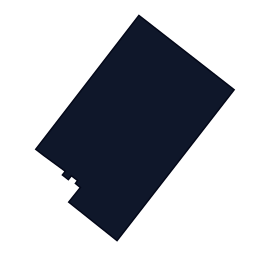 the district of Duval, Texas, United States of America, rotated 38°
{"feature_id": "52423323B38482742195031", "entity_name": "Duval", "entity_type": "district", "adm_level": 2, "iso_a3": "USA", "parent_name": "United States of America", "parent_adm1": "Texas", "projection": "mercator", "projection_center": [-98.531, 27.66], "detail": "fine", "context": "isolated", "style": "filled", "palette": "ink", "viewbox_px": 256, "rotation_deg": 38, "n_neighbors": 0, "source": "geoboundaries", "source_scale": "gbopen_adm2", "svg_char_len": 343}
<svg xmlns="http://www.w3.org/2000/svg" viewBox="0 0 256 256"><g transform="rotate(38 128 128)"><path d="M188.1,32.5L167.0,32.5L67.3,32.6L68.4,201.6L78.5,201.5L105.2,200.7L105.2,205.4L112.8,205.4L112.8,200.5L120.6,200.4L120.7,204.1L127.1,204.2L126.9,222.9L188.7,223.5L188.1,32.5Z" fill="#0f172a" stroke="#020617" stroke-width="1.5"/></g></svg>